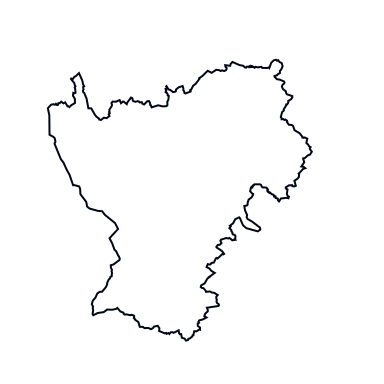 the district of Roscrea-Templemore Lea-4, North Tipperary, Ireland, rotated 166°
{"feature_id": "5873133B40874438019884", "entity_name": "Roscrea-Templemore Lea-4", "entity_type": "district", "adm_level": 2, "iso_a3": "IRL", "parent_name": "Ireland", "parent_adm1": "North Tipperary", "projection": "mercator", "projection_center": [-7.88, 52.84], "detail": "fine", "context": "isolated", "style": "outline", "palette": "ink", "viewbox_px": 384, "rotation_deg": 166, "n_neighbors": 0, "source": "geoboundaries", "source_scale": "gbopen_adm2", "svg_char_len": 5982}
<svg xmlns="http://www.w3.org/2000/svg" viewBox="0 0 384 384"><g transform="rotate(166 192 192)"><path d="M77.7,298.8L78.5,300.0L80.7,300.0L82.6,299.0L83.8,298.3L87.0,293.6L87.3,294.3L88.9,294.1L93.8,295.4L94.4,296.7L97.9,297.0L100.2,298.1L101.2,297.4L102.1,298.5L104.9,299.0L103.6,299.8L104.7,300.4L106.8,299.9L108.7,300.3L109.3,299.6L110.5,300.0L111.8,302.1L115.3,303.7L121.3,308.4L123.7,306.7L124.4,305.2L129.1,307.0L129.2,305.3L128.4,303.9L128.6,303.2L129.5,302.0L131.6,301.6L133.5,302.8L135.0,302.5L136.4,303.8L139.0,304.7L144.0,302.9L147.5,305.8L154.1,301.9L157.6,300.7L157.4,300.0L162.4,296.0L165.2,294.8L167.8,291.8L169.2,291.3L168.8,290.1L169.1,289.8L174.6,289.2L175.4,290.0L175.3,291.6L175.8,292.9L175.3,294.8L175.5,297.1L179.6,296.8L182.7,295.3L183.2,293.8L183.8,293.4L186.2,293.5L188.5,296.4L190.1,297.3L191.1,300.9L191.5,300.7L191.2,300.0L191.4,298.6L192.7,298.4L192.4,297.6L193.0,296.3L192.7,296.1L193.4,295.2L192.4,294.2L191.9,292.6L192.2,291.6L191.3,290.9L192.6,287.2L194.1,285.6L194.9,282.1L196.1,281.5L199.6,282.1L203.8,284.3L210.7,283.9L211.0,286.2L211.4,286.4L211.3,289.2L211.7,290.6L213.4,290.9L217.3,288.5L218.7,289.6L219.0,291.3L221.2,291.6L221.8,292.8L222.8,293.3L225.0,293.2L226.8,294.2L227.3,294.9L227.2,297.5L228.3,298.4L233.0,294.6L234.0,293.0L236.5,296.3L237.2,296.5L239.4,295.3L240.0,298.7L243.9,298.0L247.2,298.9L248.6,297.9L248.5,295.9L249.2,294.7L252.3,291.8L252.4,290.6L253.1,289.7L252.7,289.3L252.8,288.2L254.0,287.6L253.7,285.7L257.0,284.3L259.6,285.4L262.9,283.9L264.5,284.8L264.5,285.8L266.5,288.1L267.8,291.3L269.5,297.5L272.3,298.3L271.7,308.1L272.6,314.2L273.3,315.0L273.4,316.7L272.4,317.9L272.3,320.2L271.0,320.7L271.6,322.6L271.5,326.8L272.9,334.7L276.9,332.4L278.2,332.3L280.6,330.2L281.7,331.3L282.1,331.0L279.8,326.0L279.9,324.2L279.5,322.8L280.6,321.7L280.4,320.5L281.0,316.5L282.2,316.2L283.2,316.9L284.2,314.2L283.1,310.7L284.1,306.6L288.0,305.5L290.4,304.0L291.3,305.2L292.0,305.2L293.4,309.7L295.3,309.1L297.1,311.3L298.9,310.2L300.2,310.5L300.9,309.1L301.4,308.9L302.1,309.2L302.7,310.5L303.9,309.8L305.2,310.7L307.5,310.8L311.6,308.2L311.9,300.9L316.4,282.0L313.1,279.0L312.2,277.5L312.3,273.9L313.7,272.2L311.3,255.5L309.6,251.7L308.1,243.5L306.7,238.6L305.7,227.3L304.6,227.2L300.1,224.7L299.8,222.1L300.8,216.9L297.0,207.9L297.3,203.3L295.4,200.7L287.7,196.4L283.8,195.1L282.1,191.0L274.2,180.5L272.7,174.0L283.2,167.1L281.8,161.1L281.2,154.8L279.9,152.9L279.0,148.0L278.5,147.3L278.2,144.8L278.8,143.6L285.7,140.7L288.5,140.6L289.0,138.0L288.5,135.8L289.3,134.3L289.1,133.3L290.3,129.7L291.7,129.4L292.6,127.9L293.9,127.3L296.3,124.4L296.6,123.0L298.6,120.5L303.4,117.0L305.7,117.5L308.5,116.4L311.2,112.9L314.6,110.5L316.4,107.2L315.7,104.8L316.4,103.6L316.5,101.1L318.0,97.7L317.6,96.3L312.7,97.4L306.7,96.8L302.7,98.5L298.1,97.1L294.1,96.9L292.5,97.6L290.4,93.4L287.7,91.5L287.7,90.2L287.0,89.4L284.9,89.0L281.7,87.4L280.2,87.4L278.4,86.2L278.1,85.6L278.9,83.8L278.2,83.0L278.3,82.1L275.5,78.7L275.3,73.8L272.3,73.0L271.0,71.4L267.4,70.7L265.0,68.8L262.8,69.4L261.4,70.6L257.7,70.5L256.6,67.7L257.5,65.1L252.7,61.5L251.2,61.5L251.0,60.6L249.0,60.8L248.3,59.7L246.7,61.0L244.9,60.7L243.9,59.8L238.4,61.0L238.7,58.2L238.2,57.6L238.2,57.0L236.9,56.7L237.1,53.1L234.6,51.5L233.8,49.3L231.7,49.3L231.0,50.4L229.4,50.5L226.8,51.7L226.0,52.9L225.3,52.7L223.5,56.4L221.4,55.7L218.1,56.9L217.5,56.5L217.0,58.5L218.8,60.7L218.3,63.0L216.8,63.4L217.1,64.6L216.1,65.7L212.5,65.7L208.3,66.7L210.1,68.5L208.6,70.8L205.7,72.3L205.2,73.5L205.5,76.1L193.9,75.0L193.1,75.9L193.3,76.8L194.4,78.0L194.8,79.6L194.0,81.4L194.2,82.8L193.7,84.6L192.0,85.8L194.9,88.9L196.7,89.4L198.8,91.2L202.5,91.7L202.5,92.6L204.1,95.9L205.6,96.5L206.5,97.8L205.6,99.2L201.8,100.3L198.1,104.2L195.6,105.3L195.8,105.5L189.5,108.0L192.2,110.7L193.6,113.5L196.0,115.7L194.1,118.2L192.3,117.3L191.5,117.3L190.3,118.5L187.9,118.2L184.8,121.9L183.8,122.1L183.2,121.3L177.1,124.7L176.5,123.9L175.8,124.2L177.2,127.5L181.6,132.3L181.5,133.1L179.7,134.4L177.8,134.1L175.8,135.2L176.2,137.9L175.4,138.7L170.0,139.1L168.1,138.1L166.8,138.4L164.6,135.4L161.5,135.1L161.8,135.9L161.4,135.9L160.5,138.9L160.9,139.9L162.7,141.1L162.9,141.8L162.6,143.0L163.3,144.4L163.0,145.5L164.5,147.9L162.8,149.1L163.4,150.1L159.8,151.6L156.7,155.1L152.4,156.0L151.8,154.9L150.6,147.5L148.1,143.8L137.7,137.9L134.8,139.0L134.7,141.1L140.9,148.8L144.6,152.4L145.1,154.3L144.1,156.3L145.0,161.7L144.6,165.8L142.2,165.6L141.1,166.3L140.5,168.4L138.8,171.0L135.7,172.2L133.3,174.6L133.1,175.3L134.0,176.0L135.4,178.6L133.9,181.7L132.7,181.7L132.7,182.4L132.1,182.2L131.5,182.8L132.1,183.0L131.2,183.6L131.1,183.1L129.5,184.3L124.1,183.0L123.2,182.0L123.1,180.4L122.2,179.3L119.0,178.4L118.1,177.3L117.8,176.1L118.4,175.9L118.7,174.9L118.0,174.3L118.2,173.8L117.2,173.2L117.5,172.9L116.9,172.3L116.4,172.5L115.1,170.5L113.6,169.7L113.5,168.0L112.7,168.1L112.6,167.2L112.1,167.2L112.3,166.0L110.4,164.9L110.5,162.9L109.8,161.8L107.3,164.2L101.7,163.5L100.0,162.6L99.1,164.0L99.7,164.3L100.4,166.2L100.4,167.3L98.7,171.4L100.1,172.7L99.9,173.8L96.3,175.0L93.2,174.4L93.2,173.4L91.4,172.7L89.8,172.9L89.9,178.1L86.4,179.4L84.6,180.8L83.7,183.6L84.0,184.0L78.6,187.5L76.4,187.7L77.6,189.4L79.7,190.3L75.9,193.7L76.1,197.7L74.1,197.7L70.8,199.5L68.5,199.7L66.0,202.1L67.2,205.0L67.1,205.9L66.1,206.8L67.4,208.2L67.9,210.0L69.2,211.9L67.2,215.9L69.6,217.7L70.5,217.5L71.7,218.2L71.4,218.7L73.4,223.0L77.5,227.1L78.0,231.8L79.1,232.9L81.7,233.8L83.0,237.0L82.5,237.5L82.6,238.3L84.0,239.8L85.0,239.6L85.6,240.5L87.4,240.9L87.1,241.7L87.7,243.2L85.3,247.7L83.2,248.8L83.0,250.0L79.5,253.4L79.4,254.1L78.5,254.0L77.2,255.2L76.7,256.1L76.7,257.0L73.3,258.1L71.6,259.8L71.9,260.4L71.6,260.9L76.3,263.9L76.7,265.0L76.6,267.0L78.9,270.0L79.3,272.6L78.3,274.0L76.2,275.1L75.8,275.8L75.9,276.9L79.5,279.7L82.3,280.9L84.0,283.8L83.9,284.6L81.2,284.7L79.9,285.7L78.0,286.0L77.4,288.2L75.7,289.4L73.7,292.0L73.7,295.2L75.7,297.1L76.6,299.1L77.7,298.8Z" fill="none" stroke="#020617" stroke-width="2"/></g></svg>